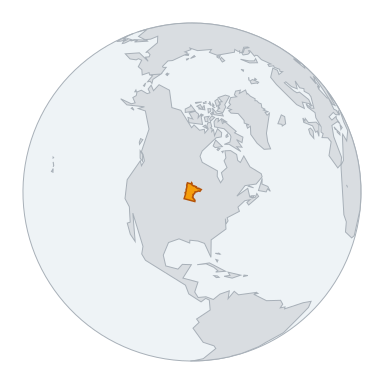 the Earth from above Minnesota, rotated 15°
{"feature_id": "USA-3514", "entity_name": "Minnesota", "entity_type": "State", "adm_level": 1, "iso_a3": "USA", "parent_name": "United States of America", "parent_adm1": "", "projection": "orthographic", "projection_center": [-93.694, 46.435], "detail": "fine", "context": "on_globe", "style": "filled", "palette": "amber", "viewbox_px": 384, "rotation_deg": 15, "n_neighbors": 0, "source": "natural_earth", "source_scale": "10m", "svg_char_len": 11743}
<svg xmlns="http://www.w3.org/2000/svg" viewBox="0 0 384 384"><g transform="rotate(15 192 192)"><circle cx="192" cy="192" r="169" fill="#eef3f6" stroke="#a8b0b8"/><path d="M262.3,345.6L260.5,346.5L260.1,346.6L247.3,351.7L234.1,355.6L238.3,354.0L246.0,350.1L255.5,337.0L253.0,334.9L241.7,334.3L228.2,323.3L232.6,316.1L229.3,313.5L240.1,301.3L236.7,291.9L232.8,291.2L229.2,295.8L215.3,291.3L209.8,283.7L164.7,270.0L159.5,264.9L158.7,257.2L140.3,227.7L149.9,254.5L143.3,248.7L137.5,238.8L140.1,237.1L135.3,222.5L129.0,215.7L126.2,196.9L134.0,175.2L136.4,179.7L138.0,174.3L135.1,168.5L132.7,166.0L134.2,142.4L126.0,125.8L118.5,125.3L124.0,122.0L106.5,124.7L99.0,120.4L110.5,122.5L114.0,120.6L110.4,116.1L113.2,113.3L113.0,109.6L116.7,106.8L123.2,108.6L125.7,107.0L123.0,103.9L124.9,99.4L128.6,104.1L132.4,96.9L143.9,99.5L150.7,115.7L160.1,116.0L175.0,130.0L176.6,126.7L183.3,130.4L187.7,128.2L189.2,131.8L191.4,127.0L189.2,124.2L189.4,121.2L191.8,119.7L194.2,123.9L193.3,125.3L195.2,125.7L195.4,128.5L196.7,126.3L199.2,131.8L200.3,124.3L205.3,127.0L206.0,131.2L201.3,133.4L191.2,149.8L190.5,155.4L194.2,160.7L211.1,165.0L212.3,170.4L217.2,175.7L218.7,171.4L215.4,165.7L219.5,159.4L214.9,153.6L215.9,150.3L213.1,143.7L218.5,142.0L225.4,144.2L228.0,149.7L231.1,151.0L232.7,143.8L241.5,152.7L254.1,156.4L255.8,159.2L251.9,167.7L241.6,172.1L236.4,184.4L244.9,174.0L249.1,181.8L251.9,182.2L254.6,180.5L255.0,176.7L257.5,179.0L250.1,189.9L247.7,187.9L250.1,184.4L245.3,186.7L240.3,194.7L242.8,198.4L232.6,207.7L234.3,210.6L233.0,214.4L231.1,209.1L234.4,219.0L222.9,233.3L227.2,250.2L217.4,238.4L210.5,237.8L202.4,239.1L203.0,241.9L191.6,240.6L182.4,246.9L180.6,260.4L185.8,270.2L198.4,270.1L201.4,264.4L210.2,262.4L205.5,277.5L221.1,277.5L220.5,287.9L225.2,292.3L232.6,289.6L240.4,290.3L245.4,283.4L253.6,277.8L254.5,285.7L258.5,277.0L263.5,279.3L279.5,272.6L278.5,274.9L292.1,277.7L305.6,273.7L308.7,276.9L307.2,281.1L311.6,278.9L311.7,280.9L328.0,270.2L335.3,266.8L334.4,273.3L326.9,286.7L316.8,304.2L302.3,318.1L296.5,324.1L281.4,335.3L273.0,339.9L273.1,340.2L270.8,341.5L262.3,345.6ZM50.9,208.6L51.8,205.3L52.6,208.9L50.9,208.6ZM51.6,202.3L51.4,203.6L51.4,202.3L51.6,202.3ZM51.0,200.7L51.4,201.8L50.8,200.8L51.0,200.7ZM50.0,198.9L50.6,199.7L50.5,199.8L50.0,198.9ZM227.2,256.0L244.9,259.9L235.6,263.2L237.3,261.3L232.6,259.1L224.2,257.7L215.8,260.9L227.2,256.0ZM49.0,195.2L48.8,194.2L49.5,194.7L49.0,195.2ZM233.3,245.2L230.3,245.2L233.2,244.5L233.3,245.2ZM131.2,165.5L134.7,168.7L136.3,175.1L133.1,172.7L131.2,165.5ZM128.5,153.7L131.0,154.2L129.0,159.6L128.2,157.6L128.5,153.7ZM112.5,125.8L114.8,128.0L111.6,126.9L112.5,125.8ZM112.4,109.6L110.8,110.0L111.4,107.9L112.4,109.6ZM210.3,145.1L211.7,144.4L211.5,146.0L210.3,145.1ZM207.8,142.9L206.5,145.2L205.2,144.6L205.9,143.1L207.8,142.9ZM117.6,101.9L119.0,98.7L118.7,102.2L117.6,101.9ZM209.6,140.3L202.9,143.1L200.5,142.0L201.4,135.7L209.6,140.3ZM120.5,97.1L123.8,89.9L120.7,89.8L131.5,86.1L125.1,93.3L125.2,97.5L123.1,95.9L120.5,97.1ZM187.5,123.9L189.9,126.8L185.7,125.8L187.5,123.9ZM184.7,124.0L171.2,125.8L168.8,121.0L173.8,121.3L168.8,116.4L174.2,113.2L178.2,115.1L178.7,118.8L180.4,114.8L184.7,124.0ZM136.9,85.5L138.7,84.1L138.1,85.9L136.9,85.5ZM189.2,119.9L186.7,120.6L184.4,116.5L189.0,114.4L188.2,116.4L189.2,119.9ZM164.9,116.9L164.0,113.6L168.1,110.0L168.3,108.2L174.1,112.7L164.9,116.9ZM190.0,116.6L191.3,113.5L194.6,114.1L191.5,119.0L190.0,116.6ZM181.9,116.3L181.0,114.3L183.0,114.7L181.9,116.3ZM207.0,115.2L204.0,115.9L202.6,113.8L207.0,115.2ZM191.6,112.3L190.5,112.1L189.6,111.4L191.2,109.5L191.6,112.3ZM176.6,110.0L178.6,109.2L174.5,107.9L177.4,105.4L180.8,108.9L180.5,106.3L181.4,105.5L183.2,109.3L176.6,110.0ZM190.0,105.6L195.3,109.5L201.1,108.6L202.5,110.5L193.0,111.6L190.0,105.6ZM185.8,107.4L188.7,106.7L189.1,109.2L187.3,111.3L185.8,107.4ZM178.2,102.5L172.8,105.4L172.2,104.6L178.2,102.5ZM191.6,104.8L190.3,103.9L192.0,104.5L191.6,104.8ZM182.2,102.6L180.4,103.7L179.8,102.7L182.2,102.6ZM189.2,101.3L190.9,102.5L189.8,103.9L189.2,101.3ZM185.9,101.5L185.6,99.8L188.3,103.6L185.2,102.1L185.9,101.5ZM182.0,101.4L181.0,101.2L182.8,101.1L182.0,101.4ZM192.6,95.5L196.3,100.0L193.7,103.0L190.5,98.2L192.6,95.5ZM103.3,48.2L104.1,47.7L109.4,44.6L110.0,44.5L117.1,40.6L118.2,40.3L123.1,37.7L122.6,38.0L133.6,33.4L145.0,29.7L156.5,26.8L168.3,24.7L180.1,23.5L192.0,23.0L204.0,23.5L215.8,24.7L227.5,26.8L239.1,29.7L250.4,33.5L261.5,38.0L272.2,43.3L282.5,49.3L292.3,56.0L301.6,63.4L310.4,71.5L310.5,71.5L318.7,80.2L326.2,89.4L333.1,99.1L339.3,109.3L344.8,119.9L349.5,130.8L353.4,142.1L356.5,153.6L358.8,165.3L358.9,165.8L360.0,192.3L358.1,195.0L350.6,190.9L348.8,180.9L344.6,174.7L329.0,127.8L330.1,122.3L322.8,99.1L322.6,97.1L328.2,102.6L326.5,92.4L320.4,85.0L314.2,75.6L307.0,68.2L296.1,59.5L307.8,71.4L305.1,70.9L292.0,59.1L281.0,49.7L279.7,49.3L282.6,53.5L276.1,50.0L283.2,55.0L283.3,53.9L287.7,57.2L287.9,58.4L285.6,57.0L287.8,59.8L298.2,66.3L299.5,65.9L307.6,75.3L310.4,75.8L314.0,79.4L310.6,80.1L307.9,78.5L304.9,83.9L308.5,86.3L311.6,81.6L312.4,83.7L317.3,87.7L314.2,86.4L309.9,91.5L314.6,101.9L327.5,119.8L328.7,126.6L326.6,131.0L314.9,121.4L313.4,107.5L309.2,104.5L303.5,105.8L303.6,101.7L301.1,100.7L299.9,95.7L292.4,88.2L290.3,83.5L281.7,80.1L279.4,77.4L285.2,80.1L288.1,79.6L282.2,69.1L279.4,66.9L274.3,65.7L273.3,63.2L269.1,63.5L262.9,58.0L266.9,65.1L260.9,64.5L254.1,61.3L252.9,62.6L264.0,67.9L267.7,69.0L269.9,67.7L280.8,72.5L284.0,76.3L275.3,76.6L278.9,82.2L270.5,80.5L245.7,66.3L238.3,60.9L238.0,51.4L243.0,52.3L245.6,56.0L248.4,52.3L245.7,52.7L244.9,50.8L239.0,50.2L238.2,48.9L234.0,50.8L232.3,49.1L235.0,47.9L224.8,46.2L219.8,43.2L217.9,43.5L217.3,44.7L211.3,40.5L210.1,40.9L211.7,42.4L210.4,44.4L205.9,46.4L204.1,44.8L205.4,43.8L205.6,39.8L209.6,37.9L208.4,37.5L204.5,38.8L204.3,43.7L202.1,45.4L201.4,42.8L201.5,43.9L199.8,44.2L196.4,43.2L196.8,46.0L180.8,53.4L172.7,52.6L173.9,49.3L160.8,54.0L152.7,53.5L154.1,54.8L148.8,58.5L151.3,58.7L151.6,59.6L139.1,70.1L134.8,71.6L131.0,78.3L131.8,79.1L134.8,78.3L131.5,86.1L120.7,89.8L119.6,87.8L113.6,91.8L111.9,86.9L107.7,84.9L109.3,77.7L105.8,77.1L103.9,78.8L97.7,79.5L91.8,75.8L105.2,71.2L115.8,77.1L112.2,73.8L115.6,72.5L115.9,70.1L113.1,68.2L111.2,69.3L120.0,56.8L118.6,50.4L112.4,55.1L107.2,57.0L100.1,55.6L106.4,46.7L99.4,50.7L98.1,51.5L98.4,51.3L103.3,48.2ZM339.4,145.1L341.1,147.3L339.4,145.1ZM263.4,38.9L262.3,38.5L258.8,36.9L259.5,37.4L262.2,38.5L263.0,39.8L257.2,37.2L255.4,37.0L258.2,38.5L268.7,43.1L267.6,41.1L272.1,43.3L272.8,43.6L271.1,42.7L263.4,38.9ZM280.0,272.2L282.0,272.9L279.5,274.1L280.0,272.2ZM234.8,267.1L238.3,266.5L240.3,267.4L237.7,268.4L234.8,267.1ZM263.7,258.8L267.6,258.2L263.7,260.3L263.7,258.8ZM247.6,260.1L260.6,259.7L253.1,264.8L244.8,265.1L250.3,262.7L247.6,260.1ZM232.5,251.0L234.8,251.1L234.4,253.0L232.5,251.0ZM235.4,244.7L234.6,245.1L233.2,243.9L235.4,244.7ZM249.5,181.1L250.1,180.4L253.1,179.4L252.2,181.4L249.5,181.1ZM263.8,167.0L267.5,171.1L264.2,169.4L263.6,172.7L255.8,173.4L256.3,160.7L257.5,166.2L263.8,167.0ZM245.6,171.4L250.4,172.0L245.1,171.9L245.6,171.4ZM288.4,101.2L289.9,99.6L293.2,101.8L295.8,108.7L291.1,105.5L288.4,101.2ZM291.3,96.9L281.9,95.8L279.9,91.8L282.6,94.2L282.3,91.6L286.5,94.8L293.8,92.4L297.2,94.3L300.2,105.4L297.3,100.6L296.0,102.3L291.3,96.9ZM261.4,103.4L257.3,103.8L258.3,94.4L262.0,95.2L264.8,101.9L262.1,104.9L261.4,103.4ZM212.5,129.0L210.9,130.4L210.2,129.1L211.1,126.9L212.5,129.0ZM205.7,115.7L219.0,122.0L217.8,123.8L227.0,125.8L227.5,131.4L221.5,129.8L228.7,135.8L223.5,136.7L228.7,140.3L215.4,136.3L210.9,137.6L215.7,133.9L215.4,128.7L214.0,126.8L206.6,122.6L196.9,123.2L195.1,118.4L196.4,114.9L198.5,114.0L199.0,117.3L201.3,113.8L203.7,118.0L205.7,115.7ZM212.4,81.1L212.2,84.5L217.3,79.6L219.7,83.1L220.1,82.4L223.7,84.4L228.8,85.6L229.2,87.5L231.0,87.1L233.4,88.6L236.0,88.9L237.6,92.4L241.0,93.1L239.8,94.4L245.2,94.7L241.9,96.1L244.7,98.4L246.4,95.8L248.7,116.0L252.2,124.0L256.8,130.0L250.6,132.1L242.3,128.1L233.9,121.2L231.4,113.4L229.1,116.0L227.2,113.1L229.8,112.3L224.6,111.9L223.8,109.4L216.3,104.3L209.3,105.7L206.4,104.0L208.7,102.2L204.2,101.9L206.6,97.4L204.6,96.2L204.9,90.8L210.5,88.4L207.8,87.2L208.0,83.3L212.4,81.1ZM192.9,94.0L199.1,89.8L203.4,89.9L201.0,99.3L202.6,101.0L201.2,107.4L194.9,107.3L195.9,105.5L195.4,103.7L197.5,104.4L195.4,102.5L196.7,99.9L195.4,97.8L197.7,97.0L192.9,94.0ZM319.6,93.1L319.0,91.4L317.3,88.3L320.4,90.9L319.6,93.1ZM316.9,96.7L315.9,94.7L319.4,96.5L320.1,98.5L316.9,96.7ZM312.3,92.3L315.6,94.5L314.2,94.5L312.3,92.3ZM284.0,78.4L282.5,76.4L283.6,76.4L285.7,77.7L284.0,78.4ZM228.0,68.7L227.2,70.3L226.1,70.0L221.4,72.1L219.3,69.8L221.3,67.7L228.0,68.7ZM299.8,62.5L303.6,65.7L303.9,66.2L302.5,65.0L299.8,62.5ZM313.8,78.3L312.0,75.3L314.7,79.0L313.8,78.3ZM225.0,66.6L223.3,67.7L223.3,65.9L225.0,66.6ZM217.5,68.3L217.0,66.4L218.5,69.8L217.5,68.3ZM204.5,51.2L213.3,50.6L218.3,49.2L218.9,46.7L221.8,50.2L214.2,52.4L204.5,51.2ZM184.0,53.2L183.5,55.8L181.2,55.2L181.0,54.5L184.0,53.2ZM185.5,54.4L189.6,56.7L187.7,58.6L184.8,56.3L185.5,54.4ZM207.6,60.8L210.3,60.8L210.3,62.1L207.6,60.8ZM89.1,58.0L90.3,57.1L87.5,59.3L87.1,59.6L88.0,58.9L89.1,58.0ZM94.2,54.2L92.5,55.6L87.6,59.5L88.4,59.4L85.8,62.2L88.7,61.1L88.1,62.4L84.0,64.8L80.3,66.1L87.4,59.5L92.9,55.1L94.2,54.2ZM90.2,60.4L94.3,60.5L88.5,65.5L86.3,66.6L86.8,64.4L89.9,61.8L90.2,60.4ZM93.6,62.1L96.6,59.8L108.9,57.1L110.1,57.8L97.6,62.0L99.7,60.1L97.7,60.0L93.6,62.1ZM137.3,83.5L138.5,84.1L136.6,84.6L137.3,83.5ZM153.1,59.6L153.2,61.0L150.9,61.4L153.1,59.6ZM152.2,65.1L154.6,63.7L152.8,65.9L152.2,65.1ZM160.0,60.4L156.0,63.4L158.8,59.6L160.0,60.4Z" fill="#d9dde1" stroke="#a8b0b8" stroke-width="1"/><path d="M185.2,184.3L189.1,184.4L189.2,183.3L189.3,183.4L189.5,183.4L189.8,183.5L189.9,183.8L189.9,184.0L190.0,184.7L190.0,184.9L190.0,185.0L190.3,185.2L190.4,185.3L190.5,185.3L190.8,185.3L191.0,185.5L191.6,185.5L191.8,185.8L192.2,185.8L192.4,185.8L192.5,185.7L192.8,185.5L193.4,185.6L193.6,185.7L193.9,185.8L194.0,185.8L193.9,185.9L193.9,186.0L194.0,186.1L194.3,186.1L194.4,186.3L194.5,186.5L194.8,186.6L194.7,186.5L194.7,186.4L194.8,186.4L195.0,186.3L195.3,186.4L195.3,186.5L195.6,186.8L195.8,186.8L195.9,187.0L196.1,187.1L196.3,187.2L196.5,187.2L196.8,187.1L197.2,186.8L197.3,186.7L197.5,186.6L197.6,186.8L197.7,187.0L197.8,187.0L198.1,187.0L198.3,187.0L198.9,186.9L199.0,186.9L199.2,187.0L199.3,187.1L199.5,187.2L199.8,187.2L200.0,187.2L200.3,187.2L199.5,189.3L198.1,189.3L196.5,190.5L195.5,191.1L195.2,191.0L195.0,191.3L194.9,191.3L194.9,193.0L194.7,193.2L194.5,193.3L194.4,193.3L194.2,193.4L194.1,193.5L193.9,193.8L193.7,194.1L193.6,194.4L193.7,194.5L193.8,194.5L194.0,194.6L194.0,194.8L194.1,195.0L194.0,195.3L193.9,195.4L193.9,195.6L194.0,195.8L193.9,195.9L193.9,196.0L193.9,196.3L194.0,196.4L193.9,196.5L193.8,196.9L193.9,197.0L194.0,197.1L194.2,197.3L194.3,197.4L194.7,197.4L194.8,197.5L195.0,197.8L195.3,197.9L195.7,198.1L195.8,198.3L195.9,198.6L196.0,198.7L196.3,198.9L196.6,198.9L196.7,199.0L196.8,199.0L197.0,199.3L197.1,199.5L197.2,199.8L197.2,200.1L197.2,200.3L197.2,200.5L186.1,200.5L186.3,195.3L186.3,195.2L186.2,195.1L186.0,194.9L185.8,194.9L185.7,194.8L185.7,194.6L185.5,194.4L185.5,194.2L185.8,194.0L185.9,193.9L186.0,193.7L186.1,193.4L186.1,193.1L186.1,192.9L186.1,192.7L186.1,192.3L186.1,192.2L185.9,191.9L185.8,191.7L185.8,191.4L185.7,191.3L185.7,191.2L185.8,191.1L185.7,190.9L185.8,190.7L185.8,190.4L185.7,190.4L185.7,190.2L185.7,189.9L185.7,189.7L185.7,189.4L185.7,189.1L185.7,188.9L185.7,188.7L185.7,188.4L185.6,188.2L185.6,187.9L185.4,187.6L185.5,187.5L185.4,187.4L185.4,187.2L185.3,186.8L185.2,186.7L185.3,186.6L185.3,186.4L185.2,186.1L185.3,186.1L185.3,185.9L185.2,185.7L185.3,185.5L185.3,185.4L185.4,185.2L185.3,184.9L185.2,184.8L185.2,184.7L185.2,184.4L185.2,184.3Z" fill="#f59e0b" stroke="#b45309" stroke-width="1.5"/></g></svg>